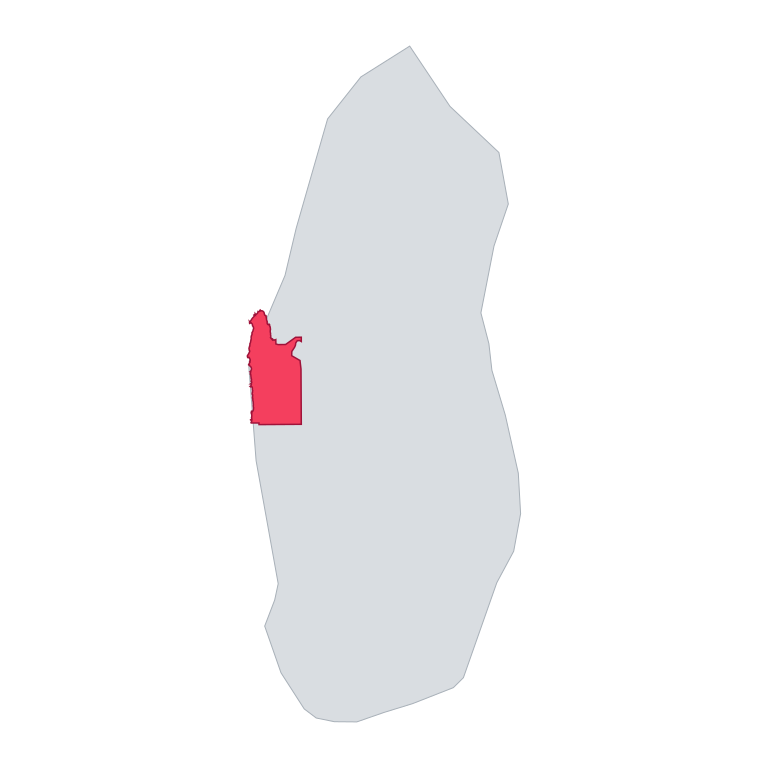 86, Ar Rayyān, Qatar (highlighted)
{"feature_id": "91078587B46444112589307", "entity_name": "86", "entity_type": "district", "adm_level": 2, "iso_a3": "QAT", "parent_name": "Qatar", "parent_adm1": "Ar Rayyān", "projection": "equal_earth", "projection_center": [50.779, 25.397], "detail": "fine", "context": "in_parent", "style": "filled", "palette": "rose", "viewbox_px": 768, "rotation_deg": 0, "n_neighbors": 0, "source": "geoboundaries", "source_scale": "gbopen_adm2", "svg_char_len": 5880}
<svg xmlns="http://www.w3.org/2000/svg" viewBox="0 0 768 768"><path d="M412.4,703.7L383.8,712.5L356.8,721.9L334.3,721.7L316.2,718.0L304.2,708.9L281.0,672.8L264.7,626.1L274.7,600.0L278.2,583.7L256.1,460.7L248.8,366.3L251.5,346.9L264.1,324.7L285.0,275.5L296.2,228.2L327.6,118.9L360.9,76.9L409.7,46.1L450.0,106.4L498.9,152.5L508.3,204.0L494.0,246.0L480.9,312.9L488.9,343.7L491.9,370.3L505.3,415.1L518.3,473.2L520.6,513.7L513.7,551.2L496.8,582.7L463.4,677.7L453.4,687.6L412.4,703.7Z" fill="#d9dde1" stroke="#a8b0b8" stroke-width="1"/><path d="M301.3,337.2L295.6,337.3L285.6,344.5L278.2,344.6L275.9,344.0L275.8,339.6L275.2,339.9L274.9,340.0L274.6,339.9L274.5,340.0L274.4,339.9L274.0,339.9L273.8,340.0L273.7,340.1L273.0,340.0L272.8,340.0L272.7,340.1L272.5,339.9L272.3,339.7L272.1,339.6L271.2,338.5L272.1,338.7L272.4,338.9L272.5,339.0L272.7,339.3L272.8,339.3L272.9,339.5L272.5,338.9L272.2,338.7L271.3,338.4L270.9,337.7L270.7,337.0L270.8,335.9L270.7,335.5L270.6,335.1L270.5,334.4L270.6,333.5L270.5,333.2L270.4,332.6L270.3,332.3L270.2,331.1L270.3,330.6L270.3,329.7L270.5,329.4L270.4,328.9L270.4,328.6L270.3,327.9L270.3,327.7L270.2,327.4L270.2,327.2L269.9,326.6L270.0,326.5L269.6,325.6L269.6,325.2L269.3,324.9L269.5,324.6L269.3,324.4L269.3,324.8L269.2,324.9L268.8,324.8L268.9,324.3L268.8,324.7L268.4,324.7L268.1,324.6L267.7,324.4L267.3,323.8L267.2,323.5L267.2,322.4L267.1,322.0L267.2,321.4L266.9,321.0L266.8,320.4L266.6,320.1L266.6,319.7L266.4,319.1L266.5,318.7L266.3,318.1L266.3,317.8L266.2,317.5L266.2,317.2L266.3,317.0L266.2,316.7L266.1,316.4L265.8,316.1L265.9,315.6L265.3,315.5L264.9,315.3L264.8,315.1L264.7,314.9L264.7,314.7L264.4,314.2L264.3,313.9L264.3,313.2L264.0,312.6L263.8,312.0L263.5,311.8L262.9,311.2L262.9,310.9L262.9,310.6L262.8,310.9L262.6,310.9L262.0,310.9L261.6,310.7L261.2,310.8L260.9,310.9L260.7,310.9L260.4,310.6L260.4,310.3L260.3,310.1L260.2,310.0L259.9,310.4L260.0,310.5L259.9,310.7L260.1,310.9L260.0,311.1L259.8,311.2L259.5,311.4L259.1,311.5L258.5,311.6L258.0,311.5L258.0,312.0L257.6,313.0L257.4,313.3L256.8,313.9L256.6,314.0L256.3,314.3L256.0,314.6L255.7,314.7L255.4,314.2L255.4,314.4L255.4,314.5L255.2,314.2L255.2,314.4L255.1,314.7L255.1,314.9L254.8,315.4L254.6,315.6L254.1,314.9L253.8,315.2L253.9,315.4L253.8,315.2L254.0,315.1L254.4,315.5L254.3,316.1L254.1,316.4L253.3,317.3L252.9,317.6L252.7,317.9L251.9,318.9L250.9,320.6L250.2,321.5L249.9,321.8L249.7,321.8L249.6,321.7L249.7,322.1L249.5,322.5L249.5,322.9L249.7,323.2L249.7,323.5L249.8,323.5L250.0,323.4L250.1,323.0L250.4,322.7L251.0,322.7L251.2,322.8L251.5,323.2L251.9,323.7L252.2,324.0L252.4,324.5L252.5,325.4L252.5,325.7L252.7,325.8L252.8,326.2L252.9,326.3L253.1,326.5L253.3,326.8L253.4,327.0L253.4,327.4L253.5,327.9L253.6,328.0L253.6,328.3L253.6,328.6L253.1,330.0L253.0,330.7L252.8,331.3L252.0,332.6L251.9,333.2L252.0,333.5L252.1,334.2L251.8,334.8L251.4,335.7L251.5,335.9L251.2,336.5L251.1,337.1L251.2,338.1L251.2,338.8L251.1,339.4L250.9,339.8L250.9,340.0L251.0,340.1L250.9,340.3L250.7,341.0L250.6,341.9L250.4,342.7L250.0,343.5L250.0,343.8L249.9,343.9L249.9,344.1L249.9,344.3L249.9,345.1L249.8,345.4L249.8,345.9L249.6,346.1L249.7,346.3L249.4,346.7L249.4,347.0L249.1,347.7L249.1,348.0L249.0,348.3L249.0,349.1L249.2,349.5L249.3,349.8L249.4,350.2L249.3,350.5L249.6,350.7L249.7,351.2L249.6,351.7L248.6,353.8L248.2,354.4L248.2,354.6L247.9,355.0L247.5,355.4L247.4,355.9L247.4,356.6L247.7,357.5L248.0,357.7L248.3,357.3L248.9,357.3L249.1,357.5L249.4,357.9L249.6,358.3L249.7,358.7L250.1,359.3L250.2,359.5L250.2,360.4L250.1,360.9L250.0,361.1L249.8,361.0L250.1,361.1L250.0,361.4L250.0,361.6L249.8,361.5L249.6,361.5L249.6,361.8L249.7,361.6L249.8,361.6L250.0,361.6L249.9,362.0L249.7,361.9L249.9,362.1L249.6,362.7L249.6,362.8L249.1,363.9L248.6,364.7L248.6,364.9L248.7,365.0L249.0,365.0L249.1,364.8L249.3,364.9L249.5,365.0L249.9,366.0L250.2,366.3L250.3,366.5L250.7,366.9L251.0,367.0L251.2,367.3L251.4,368.0L251.5,368.8L251.5,369.2L251.1,370.3L250.5,371.5L250.4,371.5L250.3,371.8L250.5,371.6L250.7,371.8L250.5,372.1L250.4,372.1L250.6,372.3L250.4,372.7L250.4,373.4L250.6,374.1L250.4,374.2L250.6,374.4L250.7,374.7L250.8,375.1L250.9,375.9L250.9,376.0L250.9,376.5L251.1,377.4L251.0,377.7L251.0,377.8L251.2,378.0L251.3,378.3L251.2,378.4L251.3,378.5L251.3,379.2L251.5,379.4L251.4,380.0L251.4,380.5L251.1,381.0L251.1,381.4L251.3,381.5L251.5,381.5L251.7,382.1L251.7,382.5L251.5,383.0L251.2,383.5L250.9,383.7L251.2,383.7L251.3,383.9L251.4,384.5L251.1,385.3L250.8,386.2L250.5,386.3L250.4,386.4L250.5,386.5L250.6,386.3L250.9,386.3L250.9,386.6L250.6,386.7L250.4,386.7L250.5,386.8L251.0,386.7L251.2,386.8L251.5,386.5L252.0,386.9L252.3,387.4L252.4,388.6L252.3,388.9L252.4,389.4L252.4,390.0L252.7,390.6L252.4,392.0L252.5,392.4L252.2,392.8L252.2,393.3L252.1,393.6L252.1,394.1L252.2,394.3L252.5,394.5L252.7,394.9L252.7,395.3L252.6,396.0L252.6,396.5L252.6,396.9L252.5,397.2L252.6,397.3L252.4,398.0L252.5,398.1L252.8,398.5L252.8,398.9L252.8,400.0L252.9,400.6L252.9,401.0L253.1,401.4L253.2,401.5L253.2,402.6L253.3,402.7L253.3,403.0L253.2,403.4L253.4,404.1L253.4,404.3L253.2,405.3L253.4,405.7L253.3,406.8L253.4,407.2L253.6,407.5L253.6,407.9L253.4,409.8L253.0,410.8L252.7,411.2L252.6,411.3L252.2,411.2L251.8,411.3L251.7,411.4L251.8,411.5L252.2,411.3L252.4,411.5L252.1,411.8L251.8,412.0L251.6,411.7L251.5,411.2L250.8,411.1L251.4,411.3L251.6,412.0L251.8,412.1L251.9,412.3L251.7,412.7L251.6,412.3L251.7,412.8L251.3,412.8L251.2,412.6L251.1,412.9L251.7,413.1L251.7,413.7L251.6,414.7L251.7,414.8L251.8,415.0L251.8,415.6L251.7,417.0L251.5,417.3L251.6,417.6L251.7,418.2L251.8,419.1L251.9,419.3L251.8,419.9L251.7,420.3L251.6,420.6L250.7,419.9L250.8,419.8L250.7,419.7L250.6,419.8L251.7,421.0L251.6,421.5L251.0,422.5L251.2,423.0L259.0,423.0L259.0,424.6L301.3,424.3L301.0,369.1L300.0,360.5L291.7,355.7L291.8,351.5L294.5,347.4L295.4,345.4L295.8,342.8L297.3,340.7L299.7,340.6L301.3,341.5L301.3,337.2Z" fill="#f43f5e" stroke="#9f1239" stroke-width="1.5"/></svg>